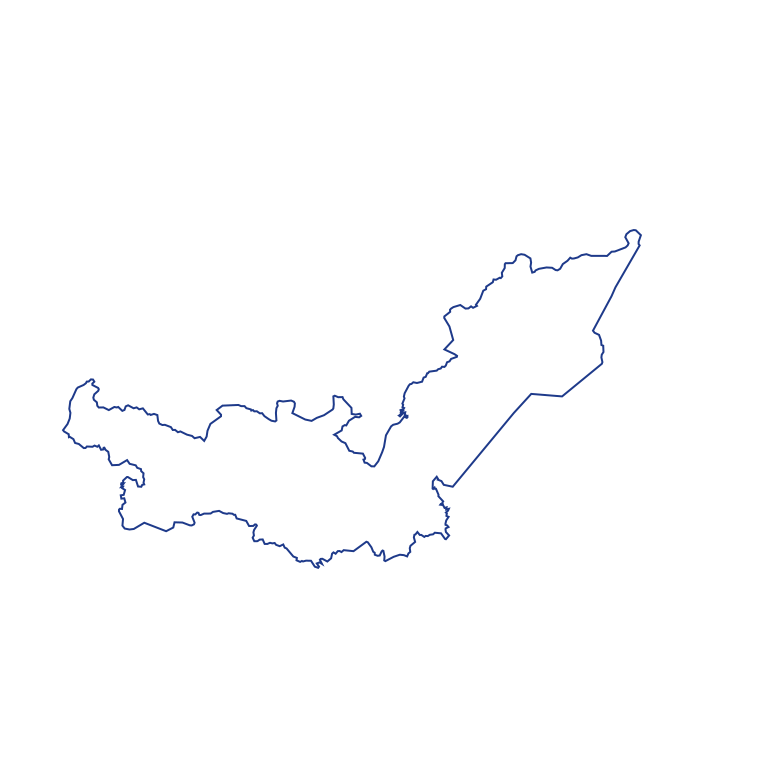 Huehuetla, Hidalgo, Mexico (Natural Earth projection), rotated 57°
{"feature_id": "50627088B94198813487846", "entity_name": "Huehuetla", "entity_type": "district", "adm_level": 2, "iso_a3": "MEX", "parent_name": "Mexico", "parent_adm1": "Hidalgo", "projection": "natural_earth1", "projection_center": [-98.075, 20.532], "detail": "fine", "context": "isolated", "style": "outline", "palette": "blue", "viewbox_px": 768, "rotation_deg": 57, "n_neighbors": 0, "source": "geoboundaries", "source_scale": "gbopen_adm2", "svg_char_len": 6157}
<svg xmlns="http://www.w3.org/2000/svg" viewBox="0 0 768 768"><g transform="rotate(57 384 384)"><path d="M547.9,416.6L546.5,411.9L541.9,412.7L539.6,411.7L538.7,410.9L539.1,407.8L536.9,408.1L535.6,409.1L534.6,408.5L532.3,406.1L530.6,402.2L528.6,403.5L526.8,401.8L525.5,402.1L525.1,399.3L524.0,397.6L523.1,400.2L521.5,398.7L520.9,400.7L517.7,400.4L515.9,402.5L515.6,401.7L517.0,400.2L515.3,399.7L514.7,398.3L507.7,399.5L506.6,398.6L500.2,397.5L499.7,398.3L498.4,398.0L498.8,400.0L498.2,400.2L492.2,396.0L490.5,390.3L493.2,390.4L493.5,391.0L496.7,388.7L501.1,388.8L507.6,382.3L479.0,290.9L472.5,265.9L491.4,241.4L485.7,190.3L484.6,188.9L480.1,187.2L478.0,185.4L476.7,182.5L471.3,179.3L469.7,180.4L465.9,178.3L459.9,176.9L455.7,179.5L453.1,179.7L434.3,145.4L429.0,137.3L407.0,94.1L405.2,94.2L403.3,92.9L399.1,87.5L392.2,89.1L390.9,90.7L389.8,94.3L390.4,99.1L392.3,101.7L399.2,102.2L400.5,104.2L401.0,107.0L398.6,118.2L397.0,121.1L398.1,127.1L389.4,140.4L385.4,143.5L383.5,148.2L383.4,152.5L382.2,156.3L381.2,158.1L379.5,159.0L380.6,163.0L380.8,168.7L383.3,173.5L383.2,176.5L381.9,178.0L378.1,179.7L374.8,184.2L371.8,191.3L371.3,195.0L372.0,196.6L371.3,199.0L365.3,197.2L362.3,194.5L358.4,192.8L352.2,195.7L349.8,198.3L348.9,201.5L349.1,203.3L351.9,206.4L352.7,210.2L348.9,216.3L349.3,217.4L352.5,219.6L354.9,224.6L358.2,226.2L358.8,228.4L357.9,229.1L357.6,233.2L356.0,235.2L357.9,237.3L358.0,245.2L360.1,246.8L359.8,249.9L364.9,256.9L367.6,263.7L369.1,263.5L368.6,267.8L366.3,268.7L366.6,272.0L365.1,274.6L359.3,277.0L357.3,283.9L357.3,286.8L357.7,288.2L359.5,289.2L360.2,296.6L361.4,297.5L371.4,297.8L384.8,302.0L387.9,314.5L397.4,308.6L400.2,307.4L400.9,308.1L399.5,314.1L400.7,316.7L400.1,319.3L402.2,322.1L402.6,324.0L401.1,325.9L401.9,328.0L401.1,330.5L401.5,332.5L398.3,339.3L398.9,341.2L398.5,341.9L400.7,345.1L400.2,347.3L402.8,350.8L401.1,355.8L398.5,358.5L398.9,360.9L398.3,362.4L398.9,364.3L403.0,371.7L405.4,374.2L407.2,374.6L410.5,379.3L411.8,379.2L413.5,381.1L415.1,380.2L415.6,381.4L414.9,384.4L415.7,384.6L416.7,383.0L417.2,385.5L418.1,385.4L418.4,386.9L419.0,386.5L418.7,388.6L419.9,388.2L418.7,383.0L419.3,381.6L421.5,383.6L422.1,382.8L422.9,383.1L423.5,381.7L424.7,382.5L424.8,383.3L422.4,384.9L424.8,391.7L424.7,394.2L423.2,398.5L423.4,401.1L428.1,410.3L436.8,418.3L440.2,422.7L445.7,430.9L447.8,437.0L446.2,439.4L440.9,441.3L439.4,443.1L436.2,442.4L436.6,441.1L435.8,440.1L430.9,439.6L425.3,446.7L423.6,447.0L421.1,449.5L412.6,448.6L409.1,450.9L404.1,452.1L402.3,451.8L399.4,453.4L399.9,444.8L397.0,441.9L397.1,439.3L398.2,438.2L395.7,433.4L395.8,426.2L398.4,423.0L398.3,420.5L395.8,420.4L394.3,424.3L391.5,427.4L386.3,424.3L374.7,426.4L372.4,425.9L370.1,429.6L367.0,431.7L366.8,433.2L373.9,437.3L376.9,439.8L377.4,441.0L377.5,451.3L375.8,458.8L375.5,464.8L370.9,469.4L358.5,476.7L354.4,471.4L351.7,469.3L349.8,469.2L347.3,470.9L343.7,478.2L341.2,480.8L340.8,482.7L341.9,484.2L344.4,485.0L345.7,487.4L349.4,490.4L356.0,494.1L356.1,495.7L353.5,498.4L350.7,499.8L345.8,501.8L342.1,502.1L341.0,504.1L337.6,505.5L336.3,507.7L334.5,508.1L334.0,509.8L332.8,509.5L329.3,512.6L326.6,513.0L324.7,515.9L322.3,517.5L314.2,531.2L314.7,538.5L321.0,537.4L322.3,538.3L322.9,551.3L327.1,557.5L331.5,561.4L333.8,565.8L328.2,567.1L326.3,572.4L323.0,573.3L319.2,576.8L312.9,580.6L312.2,583.1L308.7,584.2L307.5,586.2L304.1,586.2L298.9,590.0L297.7,592.2L294.8,594.0L291.9,593.6L286.6,591.0L283.8,593.2L282.9,596.5L281.7,596.9L280.9,598.7L273.1,599.5L271.9,603.1L268.9,604.2L268.0,607.2L262.5,610.2L262.1,612.8L264.4,615.8L264.0,618.1L258.5,619.4L258.2,620.8L256.4,622.7L256.0,629.0L250.8,632.1L248.4,636.0L246.1,636.3L243.0,634.8L239.2,635.9L237.1,635.2L234.9,632.6L234.1,627.4L233.0,626.0L231.6,625.9L226.0,629.1L224.8,628.4L224.3,625.7L221.8,625.6L220.5,627.3L221.1,630.3L220.1,632.0L221.0,633.6L221.2,636.5L220.2,642.8L220.8,644.8L226.1,653.0L227.6,656.5L233.5,661.5L237.4,662.7L241.8,666.4L245.2,671.2L247.9,678.3L249.5,678.2L254.4,675.8L257.0,677.2L257.2,676.3L261.1,674.5L265.2,675.2L268.1,672.6L274.2,670.7L275.1,669.2L274.6,667.2L277.9,662.6L278.0,660.3L280.5,658.6L280.2,656.6L285.1,657.1L286.0,655.1L284.8,653.9L285.1,653.2L287.6,653.4L290.7,652.2L295.6,654.2L297.2,655.9L304.0,656.3L307.5,650.3L307.9,640.9L312.4,640.8L317.0,636.5L319.9,636.6L323.0,634.2L324.9,635.1L327.9,634.3L330.9,636.7L333.3,637.0L335.8,639.4L337.6,639.8L336.9,641.7L338.0,643.5L336.0,646.1L329.3,644.3L327.8,647.0L322.5,649.5L322.0,650.3L322.9,655.4L324.6,656.4L324.2,658.4L324.9,659.0L325.7,656.6L327.3,660.6L328.1,659.0L328.8,660.3L331.9,658.9L335.2,662.7L334.0,665.4L337.1,666.7L338.4,664.1L342.6,665.4L342.9,669.1L346.1,671.8L344.8,673.4L345.0,674.6L346.4,675.6L355.1,676.4L360.3,680.5L364.0,680.2L367.4,676.7L369.3,672.8L369.8,660.6L388.8,646.9L389.6,638.9L385.9,635.0L390.4,628.5L396.8,623.8L397.9,622.3L398.2,619.8L397.2,618.4L390.9,617.1L389.6,614.7L390.6,613.4L390.1,610.7L391.0,609.8L393.2,610.2L394.1,609.1L394.7,605.5L398.2,600.0L398.1,597.1L400.6,591.4L404.6,589.2L407.4,586.4L407.8,584.7L410.3,581.7L411.9,581.2L412.7,580.0L416.5,580.8L423.8,574.1L429.6,574.5L431.8,571.0L431.5,568.6L432.4,567.7L433.6,567.8L435.6,572.4L437.3,574.3L440.2,575.6L441.4,577.9L445.2,578.4L446.9,575.7L446.8,573.0L448.3,570.4L453.1,571.2L454.6,569.0L455.1,566.1L456.9,564.4L457.8,562.3L460.1,562.1L463.2,559.8L463.7,555.9L467.2,556.4L468.8,555.3L479.3,554.0L482.4,551.8L484.2,553.4L487.5,551.2L487.7,549.2L488.7,548.6L489.7,545.6L492.5,541.5L499.5,541.5L502.3,539.4L501.8,538.0L497.9,538.1L498.5,535.2L501.1,534.0L496.5,533.5L496.2,532.4L497.0,530.9L502.0,528.2L501.4,523.3L498.0,519.9L497.7,518.1L500.0,517.0L499.0,513.8L499.9,512.2L501.8,511.2L501.4,508.3L507.6,500.6L506.7,484.7L507.9,483.8L514.1,483.5L518.8,484.4L520.4,483.7L522.2,484.7L524.6,482.9L525.5,481.0L523.1,477.1L522.9,475.9L523.6,475.4L529.0,477.5L532.1,479.9L533.3,479.3L534.2,470.0L535.8,463.7L538.4,460.5L541.2,458.5L539.4,455.8L539.1,453.4L535.7,451.8L534.1,449.9L533.4,443.9L528.9,442.5L527.0,440.6L527.3,439.6L526.3,436.6L530.1,436.2L530.9,434.9L534.2,433.5L534.1,431.8L535.4,430.1L535.4,427.7L536.8,424.7L536.4,422.4L540.3,417.5L547.2,417.2L547.9,416.6Z" fill="none" stroke="#1e3a8a" stroke-width="2"/></g></svg>